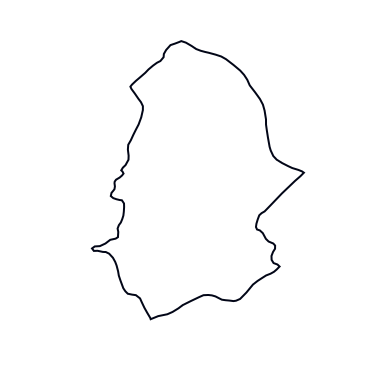 Lèkoko, Haut-Ogooué, Gabon, rotated 40°
{"feature_id": "22940354B44244492121045", "entity_name": "Lèkoko", "entity_type": "district", "adm_level": 2, "iso_a3": "GAB", "parent_name": "Gabon", "parent_adm1": "Haut-Ogooué", "projection": "mercator", "projection_center": [13.129, -2.025], "detail": "fine", "context": "isolated", "style": "outline", "palette": "ink", "viewbox_px": 384, "rotation_deg": 40, "n_neighbors": 0, "source": "geoboundaries", "source_scale": "gbopen_adm2", "svg_char_len": 2179}
<svg xmlns="http://www.w3.org/2000/svg" viewBox="0 0 384 384"><g transform="rotate(40 192 192)"><path d="M77.1,150.9L79.4,152.0L84.8,153.3L90.9,155.0L95.2,156.0L99.2,157.8L101.7,160.8L105.1,167.4L107.7,174.6L109.0,180.5L110.3,185.9L111.9,191.7L112.8,196.8L115.6,200.7L120.1,204.9L122.6,208.1L123.8,214.1L123.4,217.8L123.9,220.9L125.6,221.0L127.7,221.9L127.8,224.3L127.3,227.4L125.9,231.4L126.1,233.7L126.9,235.0L129.4,237.3L130.8,239.7L130.9,242.0L130.9,244.4L132.4,247.3L135.6,247.3L138.8,246.1L141.8,244.6L143.6,243.4L147.3,244.5L149.7,247.2L152.5,251.0L154.6,254.2L156.0,257.6L157.1,261.1L157.3,264.4L158.5,267.8L161.2,270.0L164.3,274.2L163.5,276.8L160.1,281.2L158.8,287.1L156.2,292.7L152.5,296.2L151.7,299.5L154.7,300.2L157.5,297.7L162.4,295.1L164.5,293.4L168.2,292.5L173.7,293.2L178.1,294.9L181.5,296.8L186.3,300.2L189.7,303.1L194.1,305.8L201.3,309.9L204.8,310.9L208.2,311.2L212.1,309.1L215.3,307.1L220.6,306.9L223.9,308.5L230.0,311.3L235.3,313.3L241.0,315.3L242.1,316.0L245.9,308.8L251.7,301.5L254.2,296.4L256.4,289.8L257.6,284.6L261.3,276.1L265.0,268.0L267.1,263.7L270.7,260.4L273.7,258.4L277.1,256.9L280.2,256.2L284.1,255.3L287.3,253.3L290.3,251.2L293.9,248.9L295.6,247.0L297.6,243.0L298.3,234.1L298.2,223.7L299.4,218.0L300.8,213.4L302.4,208.3L304.7,204.1L306.1,200.4L306.7,196.8L307.0,192.8L304.1,192.6L300.2,194.0L296.6,192.8L294.0,189.9L292.6,185.8L292.1,182.1L290.1,179.6L287.4,179.2L282.5,180.7L278.7,180.4L275.7,179.2L272.7,178.0L268.7,177.8L265.9,178.9L263.5,177.7L261.7,174.8L260.0,170.8L258.5,166.6L258.9,163.5L260.1,160.2L260.7,152.1L261.8,135.4L263.8,117.2L264.9,110.2L265.3,105.3L263.0,105.5L259.3,106.7L253.4,109.2L248.9,110.4L242.4,111.9L236.1,112.8L231.2,112.2L225.6,109.6L222.4,107.5L215.1,101.4L209.5,96.5L205.4,92.8L202.0,88.8L195.3,83.0L190.2,79.5L184.3,77.1L176.4,75.1L167.7,73.2L162.2,70.5L156.6,68.8L150.9,68.0L142.1,68.0L132.7,68.4L127.3,69.4L121.8,71.6L115.3,74.6L112.0,76.3L107.9,78.2L103.3,79.8L97.7,80.4L91.3,81.5L86.8,83.3L85.9,85.1L83.6,89.2L81.1,93.3L80.9,99.8L81.7,104.3L83.6,107.0L83.6,112.0L82.1,115.5L80.9,120.3L79.9,126.1L79.6,130.7L78.8,135.8L77.6,142.9L77.0,148.3L77.1,150.9Z" fill="none" stroke="#020617" stroke-width="2"/></g></svg>